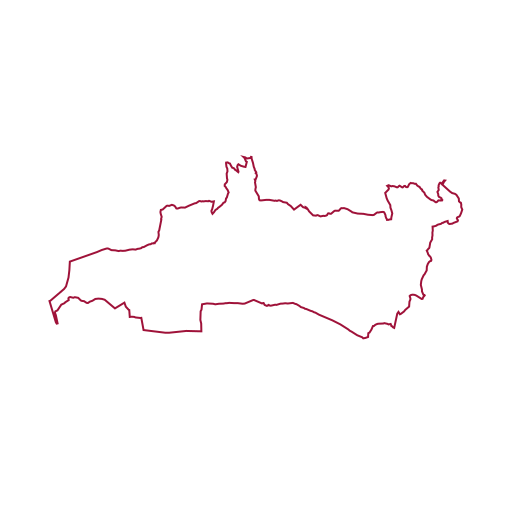 the district of Godeni, Arges, Romania, rotated 80°
{"feature_id": "2599482B53063420338002", "entity_name": "Godeni", "entity_type": "district", "adm_level": 2, "iso_a3": "ROU", "parent_name": "Romania", "parent_adm1": "Arges", "projection": "robinson", "projection_center": [24.972, 45.207], "detail": "fine", "context": "isolated", "style": "outline", "palette": "rose", "viewbox_px": 512, "rotation_deg": 80, "n_neighbors": 0, "source": "geoboundaries", "source_scale": "gbopen_adm2", "svg_char_len": 6043}
<svg xmlns="http://www.w3.org/2000/svg" viewBox="0 0 512 512"><g transform="rotate(80 256 256)"><path d="M229.2,440.3L237.7,442.3L244.7,444.4L253.0,448.4L255.2,450.8L264.3,466.2L264.5,467.2L286.6,464.6L288.0,464.0L287.9,463.1L279.5,463.4L276.9,463.9L275.7,463.2L275.1,461.0L270.1,456.2L269.2,452.8L268.5,452.0L266.9,448.1L265.1,448.1L264.5,447.6L264.1,446.2L265.4,443.2L265.1,441.6L266.3,438.4L269.4,436.2L270.0,435.2L270.6,433.2L272.7,431.0L273.1,429.7L272.1,427.5L271.7,424.9L270.4,421.7L270.6,418.6L271.5,415.2L272.8,412.6L283.1,404.0L279.1,393.7L283.3,393.0L286.9,390.7L287.2,390.2L294.1,390.9L294.2,389.0L294.8,386.6L295.6,385.3L297.0,380.5L297.0,379.7L309.4,379.6L315.8,358.7L316.5,354.6L317.7,337.7L320.7,322.9L313.0,321.7L309.3,321.9L300.8,320.1L299.4,319.0L294.2,317.5L294.2,312.5L295.6,306.5L296.5,304.5L296.6,300.7L297.2,296.5L297.2,293.8L297.4,293.1L297.5,290.5L298.6,285.8L299.3,282.0L300.7,277.5L300.9,275.4L298.9,266.6L298.9,265.7L303.8,258.3L303.6,257.7L303.6,256.7L305.7,256.0L307.0,254.0L306.9,253.0L306.3,252.3L306.3,252.0L307.0,251.4L307.4,250.6L307.5,249.6L307.3,245.6L307.7,244.4L307.2,240.1L307.5,238.0L307.6,235.4L308.3,233.0L308.6,227.8L310.1,225.5L310.4,224.6L312.8,221.8L314.1,220.7L315.5,217.9L316.5,216.9L316.9,215.7L319.5,211.7L320.3,210.0L321.5,208.6L322.1,207.3L324.7,204.2L332.6,192.0L338.0,184.8L344.3,177.9L345.9,176.6L347.1,175.0L351.6,170.1L354.5,165.5L355.7,164.7L355.7,162.5L355.2,159.7L351.5,158.8L351.1,157.5L348.5,155.1L345.3,153.0L345.4,152.0L344.5,150.5L344.1,149.1L343.9,147.6L344.6,142.4L344.4,141.3L345.7,138.2L346.4,137.4L346.3,135.2L348.4,134.8L348.4,134.5L350.0,133.5L350.8,132.4L337.3,126.9L335.8,125.4L338.4,124.4L338.1,123.3L336.3,119.8L335.0,118.4L332.4,114.0L327.6,112.8L325.6,111.5L324.6,111.3L322.1,111.6L321.5,110.7L321.3,109.8L321.3,108.3L321.9,106.4L322.8,105.0L327.1,100.3L327.1,99.4L325.6,98.5L324.1,96.7L323.6,96.9L323.4,97.8L323.2,97.9L319.6,98.7L317.8,98.4L313.1,98.7L309.4,97.6L307.7,96.8L304.0,94.2L303.4,93.3L299.8,90.4L296.2,89.6L293.7,88.2L292.0,86.7L291.3,85.4L291.2,84.4L290.3,83.9L288.1,84.1L286.7,84.6L286.0,85.3L284.0,86.2L282.7,86.3L280.3,86.9L279.8,86.0L278.7,84.9L278.4,84.2L277.9,83.8L273.1,82.1L270.1,79.6L268.5,79.4L266.3,78.6L263.5,78.2L261.7,77.5L257.7,77.0L257.7,75.0L257.4,73.0L256.8,72.0L256.6,70.7L256.5,68.4L255.7,66.8L255.8,66.0L255.2,64.4L254.8,61.2L256.6,61.3L257.7,60.5L258.1,59.9L258.2,57.0L257.7,55.7L256.9,51.5L255.9,50.9L253.9,51.7L253.3,51.5L252.8,50.9L252.4,48.9L251.9,48.3L249.6,46.7L246.1,44.8L243.5,45.4L240.9,44.9L239.1,45.0L238.5,45.9L237.4,46.6L234.6,46.3L230.6,48.0L229.3,49.3L228.1,51.9L226.3,53.7L218.2,60.0L215.6,58.0L214.5,56.7L214.2,57.6L215.9,59.4L217.4,60.6L215.9,61.6L215.8,62.1L216.3,62.7L218.1,63.9L219.2,64.0L220.0,64.5L222.7,64.6L224.4,66.2L226.7,65.8L228.3,66.0L229.6,65.5L230.7,63.9L231.5,63.3L232.2,63.5L233.2,62.8L233.6,63.1L233.4,64.7L232.9,66.7L234.1,68.2L234.4,69.4L233.4,70.6L232.2,71.5L231.4,73.4L230.7,74.3L227.4,77.4L225.0,78.8L222.9,79.2L220.4,81.0L219.4,80.9L218.3,82.1L216.2,83.0L216.0,83.6L214.6,85.0L212.6,86.0L212.5,87.1L211.6,88.6L211.3,90.2L210.9,91.0L211.9,92.7L214.3,94.5L214.5,95.3L214.0,96.4L212.9,97.0L212.8,97.4L212.8,97.9L213.9,99.6L213.8,100.1L211.7,102.4L211.9,103.0L212.9,104.5L212.9,105.2L211.4,107.6L210.8,109.4L210.9,110.7L209.3,113.1L209.7,114.6L211.4,113.5L212.6,113.4L213.6,114.0L216.3,117.8L221.7,117.3L224.3,116.7L229.2,114.9L231.8,115.2L234.5,114.7L237.7,114.4L241.5,116.0L243.3,116.5L243.2,118.1L243.4,119.3L243.2,120.7L242.4,120.7L241.7,121.1L239.6,121.5L238.3,121.4L236.1,121.9L234.9,122.5L234.6,123.4L234.4,126.3L234.5,127.6L234.2,128.7L234.3,129.5L236.0,132.8L236.0,134.0L234.8,138.6L233.1,143.0L231.9,148.4L229.7,153.6L229.1,154.0L225.8,157.7L224.1,161.0L224.0,162.4L223.7,163.5L223.9,164.2L225.6,166.3L225.8,166.8L225.1,170.3L225.4,171.3L227.4,174.7L227.3,175.7L226.6,176.8L226.6,177.7L228.1,179.0L228.4,179.9L228.5,181.5L228.1,182.8L228.2,185.6L226.5,188.1L226.4,188.7L226.7,189.9L225.9,192.7L221.2,196.0L219.1,196.8L217.1,197.9L216.7,198.4L217.8,198.4L216.9,199.5L216.1,201.2L213.3,203.2L216.9,210.5L212.8,213.1L210.5,215.5L208.9,216.4L207.6,220.0L206.6,221.1L205.4,222.9L205.1,224.1L205.4,225.8L204.8,227.1L204.9,228.0L203.0,233.2L202.5,236.0L202.2,240.9L202.0,242.2L201.7,242.8L200.4,243.2L197.7,242.9L191.5,245.3L190.1,245.0L188.2,244.2L183.3,244.2L182.0,243.6L180.4,243.9L180.4,243.0L177.6,241.3L176.7,241.1L174.9,241.4L174.3,241.9L173.6,241.2L171.0,242.3L170.0,242.2L167.8,242.7L163.9,242.8L159.4,243.4L157.7,243.2L157.5,243.7L158.5,244.3L158.4,248.0L157.0,249.5L156.3,251.1L157.4,250.3L160.9,249.5L161.7,248.7L166.5,250.9L166.0,252.3L164.5,255.3L162.6,257.4L163.3,258.3L165.0,259.1L170.0,258.6L170.4,258.9L167.7,261.2L167.3,261.8L166.2,262.2L165.6,262.7L164.9,264.1L162.6,265.0L160.4,265.6L159.8,266.8L158.9,267.6L158.8,269.2L159.5,269.4L163.0,269.6L164.9,269.1L167.7,269.4L169.8,270.6L174.6,271.1L175.6,270.9L176.5,271.1L178.2,271.9L180.0,274.3L181.6,274.7L182.9,273.8L184.0,273.5L186.0,272.5L188.7,271.9L189.6,272.7L193.4,274.6L194.1,275.5L196.6,276.4L197.7,277.5L197.9,278.8L199.7,280.7L201.4,283.7L201.9,284.9L202.8,285.9L203.6,287.9L205.6,289.8L206.9,291.5L205.4,292.0L204.1,292.1L203.4,291.9L202.6,291.2L199.1,289.6L194.9,288.0L194.9,290.3L193.5,292.7L193.8,293.5L193.2,295.9L193.1,298.3L192.8,299.0L192.9,300.0L192.1,301.9L192.1,302.6L193.5,305.7L193.5,307.3L194.8,313.2L196.0,317.5L195.2,321.4L195.3,322.9L195.6,324.4L195.6,325.5L195.3,326.2L193.1,327.1L191.9,328.2L191.0,330.0L191.6,332.8L191.1,334.2L191.1,335.3L194.0,339.8L194.1,341.7L196.1,342.5L197.8,342.5L201.1,342.1L203.2,343.1L203.7,342.9L214.0,346.9L215.3,347.9L218.4,348.1L219.6,348.5L220.8,349.0L223.5,350.9L224.8,352.8L225.8,353.5L225.5,354.3L225.8,354.6L225.5,356.3L226.1,357.7L226.0,359.2L226.4,361.1L227.7,365.0L227.6,366.5L228.3,367.6L228.5,369.5L228.4,371.4L228.8,373.4L228.0,376.3L227.8,379.4L228.1,383.8L227.8,386.5L227.2,388.6L227.3,390.4L226.0,393.6L225.1,397.4L223.2,399.9L222.8,400.8L222.7,402.0L223.3,406.8L224.5,411.9L229.2,440.3Z" fill="none" stroke="#9f1239" stroke-width="2"/></g></svg>